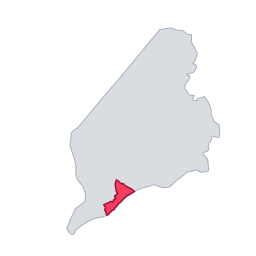 location of Ras Al Ain, Hasaka (Al Haksa), Syria, rotated 161°
{"feature_id": "27442178B16567144851356", "entity_name": "Ras Al Ain", "entity_type": "district", "adm_level": 2, "iso_a3": "SYR", "parent_name": "Syria", "parent_adm1": "Hasaka (Al Haksa)", "projection": "albers", "projection_center": [39.989, 36.654], "detail": "fine", "context": "in_parent", "style": "filled", "palette": "rose", "viewbox_px": 256, "rotation_deg": 161, "n_neighbors": 0, "source": "geoboundaries", "source_scale": "gbopen_adm2", "svg_char_len": 4084}
<svg xmlns="http://www.w3.org/2000/svg" viewBox="0 0 256 256"><g transform="rotate(161 128 128)"><path d="M44.8,89.7L46.8,90.0L51.0,92.8L51.8,92.8L53.2,89.4L54.5,88.3L57.2,87.3L58.2,81.8L59.5,80.7L61.0,80.2L63.3,80.2L65.3,79.9L65.5,79.0L62.9,72.4L63.2,70.8L64.8,64.3L65.7,61.8L66.5,61.0L69.7,61.4L74.1,62.7L75.2,64.6L77.3,66.3L80.5,66.3L84.3,66.7L87.2,66.9L89.6,65.8L94.9,63.8L97.5,63.1L99.9,62.2L107.6,58.8L110.6,59.1L112.7,59.6L114.3,60.2L117.8,62.7L120.8,65.2L122.8,66.0L126.6,66.0L132.0,66.5L138.6,66.5L142.5,65.8L147.5,64.7L156.3,61.7L167.9,55.6L174.6,52.6L177.6,52.2L181.4,52.2L185.2,52.9L189.5,53.4L191.5,53.3L196.2,52.6L202.3,51.3L206.1,50.2L210.6,48.5L213.4,45.6L214.3,45.3L215.6,45.8L216.1,46.0L217.3,47.5L218.7,51.5L218.7,52.0L218.5,53.1L215.5,56.5L211.5,61.1L208.7,64.0L203.8,68.9L200.1,70.0L193.9,71.9L192.2,73.6L190.7,76.3L189.8,80.0L189.6,82.3L189.5,86.7L191.0,91.1L192.5,95.4L192.7,98.3L192.6,101.1L191.3,104.1L189.8,108.2L189.0,112.9L188.7,121.6L188.7,129.0L188.6,130.2L186.1,135.5L183.1,141.6L181.6,143.0L174.9,144.9L167.5,149.4L159.2,154.5L151.7,159.0L143.8,163.8L135.5,168.7L129.6,172.1L121.6,176.8L114.3,181.2L107.0,185.7L101.3,189.0L92.7,194.3L87.7,197.4L80.2,202.0L73.7,206.0L65.9,210.7L56.3,208.9L53.3,207.9L51.0,205.5L49.2,204.1L44.7,202.7L42.0,198.1L40.3,196.5L37.3,195.6L38.7,192.9L39.1,191.0L40.5,188.8L39.7,187.3L39.5,184.1L38.9,183.3L38.8,182.4L39.2,181.4L39.1,180.4L38.6,179.9L38.4,178.3L38.1,177.1L38.4,175.7L39.1,174.8L39.8,173.1L40.6,172.5L41.9,171.5L42.3,170.3L43.5,169.2L45.1,168.4L45.5,167.6L45.3,167.2L43.8,166.3L43.0,164.8L43.8,162.7L44.3,162.0L45.3,161.0L47.4,159.5L49.0,159.3L50.4,159.3L52.7,159.6L54.5,159.9L55.0,159.5L54.9,159.0L52.7,157.6L52.7,156.6L53.3,155.5L54.9,153.8L56.8,152.6L57.8,152.4L60.0,149.9L61.5,147.0L59.6,139.9L58.3,138.7L56.1,137.7L54.8,137.5L54.8,137.0L56.5,135.3L57.8,133.8L56.5,132.3L54.1,131.5L53.2,133.0L50.1,133.0L45.3,132.8L43.5,125.3L43.3,122.0L43.5,118.3L45.2,112.9L44.6,110.4L44.7,108.7L44.4,106.3L40.9,101.1L43.3,91.9L44.8,89.7Z" fill="#d9dde1" stroke="#a8b0b8" stroke-width="1"/><path d="M175.8,63.4L175.7,62.9L175.7,62.2L175.5,61.5L175.2,60.7L175.1,60.1L175.2,59.7L175.3,59.4L175.8,59.0L176.2,59.0L176.4,58.6L176.6,58.3L176.6,57.4L176.4,56.2L176.3,55.7L176.4,55.2L176.5,54.1L176.3,53.3L176.3,53.0L176.2,52.9L176.0,52.3L175.9,52.3L175.6,52.4L175.0,52.5L174.7,52.6L174.2,52.9L173.9,53.2L173.8,53.3L173.1,53.6L172.8,53.8L172.1,54.0L171.9,54.1L171.4,54.5L170.4,55.0L170.0,55.1L169.3,55.2L169.2,55.2L168.2,55.4L167.6,55.6L167.1,55.9L166.8,56.2L166.6,56.4L166.5,56.5L166.1,56.8L165.9,56.9L165.7,57.0L165.4,57.2L164.9,57.4L164.6,57.5L163.7,58.1L163.3,58.4L162.8,58.6L162.7,58.7L162.2,59.2L162.1,59.3L161.8,59.4L161.7,59.5L161.4,59.7L160.7,60.0L160.4,60.0L160.1,60.1L159.4,60.2L159.0,60.3L158.5,60.5L158.2,60.6L157.8,61.0L157.6,61.1L157.2,61.4L156.8,61.6L156.6,61.7L156.4,61.8L156.1,61.9L155.9,62.1L155.6,62.2L154.9,62.7L154.4,62.9L154.0,63.1L152.9,63.4L152.6,63.6L152.3,63.7L152.2,63.8L151.8,64.0L151.6,64.1L151.3,64.2L151.1,64.2L150.7,64.3L148.4,64.5L148.1,64.6L147.7,64.8L147.3,64.9L147.1,65.0L146.9,65.1L146.6,65.1L146.0,65.1L145.9,65.2L145.6,65.2L145.4,65.2L145.1,65.3L144.1,65.5L143.7,65.7L143.2,65.8L142.6,65.8L142.8,66.4L143.6,67.8L144.2,68.7L145.0,69.6L145.8,70.6L147.0,71.8L147.6,72.4L148.6,73.4L149.4,74.2L150.5,77.0L150.5,76.9L150.8,76.9L151.0,77.0L151.2,77.3L151.3,77.3L151.5,77.3L151.8,77.3L152.0,77.4L153.0,78.0L154.4,81.1L154.7,81.5L155.6,82.1L155.9,82.3L156.0,82.6L156.2,82.4L156.3,82.2L157.7,80.2L157.8,80.1L158.2,79.6L159.0,75.9L159.1,75.6L159.2,74.9L159.4,74.4L159.5,73.1L159.6,72.7L159.6,72.4L159.5,71.2L159.4,70.4L159.0,69.8L159.1,69.4L159.8,69.0L160.3,69.0L160.7,69.1L160.8,69.0L161.1,68.7L161.5,68.3L161.6,68.2L162.0,68.2L162.5,68.2L162.7,67.9L162.8,67.8L163.0,67.0L163.1,66.6L162.6,65.9L162.4,65.5L162.5,65.1L163.3,64.9L163.8,65.0L164.3,64.8L164.5,64.7L165.1,64.6L165.5,64.3L165.6,64.1L165.5,63.7L165.6,63.4L165.9,63.3L166.0,63.2L166.6,63.1L167.2,63.5L167.7,63.9L168.1,64.1L169.1,64.1L170.5,63.7L172.6,63.6L174.3,63.4L175.8,63.4Z" fill="#f43f5e" stroke="#9f1239" stroke-width="1.5"/></g></svg>